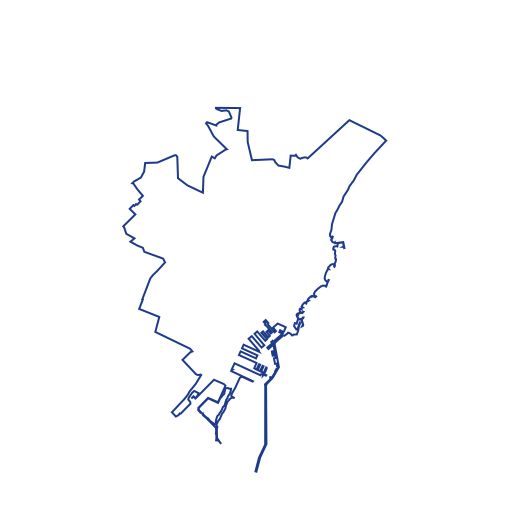 Constanta, Constanta, Romania (Albers equal-area conic projection), rotated 42°
{"feature_id": "2599482B843815366907", "entity_name": "Constanta", "entity_type": "district", "adm_level": 2, "iso_a3": "ROU", "parent_name": "Romania", "parent_adm1": "Constanta", "projection": "albers", "projection_center": [28.637, 44.187], "detail": "fine", "context": "isolated", "style": "outline", "palette": "blue", "viewbox_px": 512, "rotation_deg": 42, "n_neighbors": 0, "source": "geoboundaries", "source_scale": "gbopen_adm2", "svg_char_len": 6150}
<svg xmlns="http://www.w3.org/2000/svg" viewBox="0 0 512 512"><g transform="rotate(42 256 256)"><path d="M144.8,326.3L153.9,324.2L153.1,329.4L160.9,327.6L166.4,325.6L170.2,327.6L188.7,320.1L192.7,321.6L192.6,333.5L192.2,339.0L192.4,343.2L200.5,364.3L201.0,364.1L204.6,373.5L224.9,366.0L232.0,379.8L269.1,369.0L272.6,369.5L271.6,371.4L270.9,382.4L290.6,384.0L292.4,383.4L294.2,381.2L294.9,381.1L296.8,391.5L297.3,401.2L298.1,404.4L298.5,410.2L298.1,428.4L303.9,428.9L304.9,426.1L304.7,424.0L305.5,423.6L306.1,409.6L304.8,408.5L301.7,408.0L300.8,406.2L300.1,400.4L300.4,397.6L305.3,396.3L306.2,400.6L306.1,402.0L303.4,402.1L303.3,405.1L303.6,402.4L306.4,402.4L307.6,376.1L317.7,372.7L320.1,372.8L325.6,390.1L315.3,393.5L314.8,407.5L316.2,409.2L319.7,409.6L320.0,409.3L319.7,408.9L316.6,408.8L315.1,407.1L315.7,393.8L326.1,390.6L324.5,385.2L324.8,384.2L324.3,381.8L324.7,380.9L324.6,379.7L322.0,375.2L322.3,374.3L323.3,372.9L324.9,372.6L326.3,371.3L326.8,371.8L328.5,375.4L329.2,379.5L330.0,380.8L330.0,382.6L332.2,387.2L332.7,389.2L332.4,390.3L333.5,393.0L334.1,396.1L334.1,397.5L334.6,398.4L334.4,401.0L336.2,405.0L338.2,407.3L338.4,408.0L338.1,408.6L332.4,409.3L329.2,408.8L326.7,409.2L323.0,409.1L321.7,408.5L321.5,408.9L322.3,409.5L323.7,409.8L327.2,409.6L341.1,410.5L343.0,412.1L345.3,415.1L346.0,415.3L348.2,417.5L349.7,419.7L350.5,419.1L349.3,417.8L355.8,419.0L348.8,417.3L342.6,410.7L341.5,408.7L340.4,408.6L339.6,407.9L338.3,404.2L338.2,401.3L336.3,395.9L336.2,393.8L335.3,389.8L333.8,387.3L332.4,383.5L332.3,379.2L333.2,377.0L335.2,375.9L331.6,376.7L330.8,376.0L329.9,373.3L328.8,367.9L325.5,357.5L325.6,356.8L326.4,355.3L327.3,354.8L337.5,351.6L337.5,351.1L314.6,358.1L314.0,356.9L314.5,356.1L313.8,356.3L311.9,350.1L338.9,341.7L338.6,341.3L339.1,340.2L340.1,339.9L340.1,339.3L340.5,339.1L341.2,340.2L341.2,338.9L342.8,338.6L343.5,338.2L343.4,337.7L340.7,338.4L340.4,335.8L339.0,332.2L338.5,331.8L338.1,332.0L339.9,337.6L337.2,338.5L335.4,332.9L334.4,333.2L336.0,338.9L333.6,339.6L331.8,334.0L330.7,334.4L332.4,340.0L331.6,340.3L329.8,340.6L328.0,335.1L309.6,341.0L308.4,337.2L324.5,332.1L324.1,330.8L323.5,328.9L307.4,334.0L306.2,330.2L322.3,325.1L321.9,325.0L321.9,324.6L322.3,324.5L305.9,322.4L306.5,318.4L321.4,320.3L321.9,316.8L307.0,314.8L307.4,311.3L319.6,312.8L319.8,310.4L311.4,309.4L311.7,307.3L319.5,308.3L319.7,306.1L314.6,305.4L314.7,304.3L315.1,304.4L315.1,304.1L314.7,304.1L314.8,303.1L318.8,303.7L319.1,302.1L310.9,301.0L308.8,301.1L308.8,300.2L305.8,299.8L305.9,298.4L308.6,298.7L306.0,298.1L306.1,297.1L310.0,297.6L310.0,298.1L310.9,298.9L320.9,300.2L321.1,298.4L316.6,297.8L317.3,291.7L325.8,289.0L327.4,293.8L328.0,293.9L323.6,295.0L324.3,297.0L327.7,296.0L326.2,308.0L325.1,307.9L324.9,309.7L326.5,309.9L325.7,316.5L327.5,316.7L328.1,311.5L327.8,311.4L328.0,310.1L333.3,314.1L331.7,316.3L332.2,316.7L333.8,314.6L335.2,315.7L333.7,317.9L335.1,318.9L336.6,317.0L338.8,318.6L337.8,320.0L342.3,323.4L343.7,321.7L344.8,322.5L344.5,323.1L345.5,323.9L346.0,323.4L347.1,324.4L347.3,326.1L346.8,326.4L347.1,328.1L347.8,328.2L347.7,329.4L348.1,330.2L349.2,335.6L347.7,336.4L347.9,336.9L349.2,336.6L348.6,345.4L350.2,346.8L389.0,390.0L393.2,403.9L399.7,416.4L400.6,416.0L393.9,403.0L389.6,388.8L350.4,345.8L349.6,344.1L349.9,336.3L349.7,334.2L347.4,323.3L329.3,309.4L328.3,308.1L328.2,306.5L329.4,296.9L330.5,296.2L331.2,292.7L331.1,291.5L333.5,290.6L335.9,290.9L336.4,290.5L336.4,289.4L338.8,287.0L337.3,283.2L335.4,280.4L333.4,275.8L333.6,275.5L333.0,276.0L335.5,281.8L335.1,283.6L331.2,282.6L329.8,279.9L331.5,279.1L329.6,275.2L331.9,272.9L336.4,275.4L336.9,275.9L337.3,277.3L337.6,276.5L337.2,275.6L332.2,272.5L332.7,270.8L332.4,269.9L332.1,270.1L332.0,272.3L330.4,274.0L327.7,273.8L325.9,272.9L325.4,272.3L325.4,271.0L326.1,270.5L326.6,270.9L326.2,269.6L328.6,267.4L328.6,265.8L328.2,266.0L328.0,267.4L326.9,268.1L325.2,267.5L324.1,266.4L324.0,265.6L325.5,265.2L325.1,264.9L325.0,263.3L325.3,262.9L323.7,263.0L323.2,260.8L323.2,258.4L323.5,257.6L324.1,257.2L324.7,257.8L325.1,257.8L325.0,257.2L324.3,256.7L324.3,255.1L324.9,254.8L325.0,254.1L324.5,254.5L323.9,254.1L323.5,252.7L323.8,249.3L324.1,248.6L324.7,248.8L324.6,247.9L327.6,247.0L327.8,245.5L327.7,245.0L327.2,246.6L326.5,246.6L324.3,245.2L323.7,243.0L323.8,239.8L324.5,235.5L325.3,233.5L327.3,231.7L328.2,231.5L328.6,232.6L328.7,231.8L326.9,227.8L326.2,225.2L325.9,225.3L326.5,227.0L325.7,227.7L323.8,227.6L322.1,226.8L320.8,225.0L319.2,221.5L318.2,217.7L318.9,217.1L317.8,217.0L317.4,216.4L317.4,212.9L318.1,211.0L319.7,209.7L321.1,211.5L321.5,211.5L321.2,210.5L319.6,208.9L318.9,206.7L317.6,204.8L316.9,205.0L315.8,203.9L314.7,202.3L313.4,201.8L311.5,199.2L310.2,198.8L309.3,199.5L308.4,198.7L307.8,197.5L307.7,196.9L308.6,195.6L309.3,194.7L310.0,194.5L308.3,191.6L311.0,188.3L312.0,188.1L313.2,188.9L314.8,190.2L314.5,191.0L315.1,190.5L316.2,191.2L316.4,190.9L311.5,187.3L306.3,193.5L305.5,193.0L305.5,193.7L303.5,194.4L301.1,193.8L301.3,193.2L300.5,192.5L300.8,191.5L300.1,190.3L299.8,190.4L300.1,191.0L299.9,191.4L298.9,191.8L297.6,191.5L296.4,190.4L294.7,186.3L291.2,181.5L286.3,171.0L285.6,167.3L284.2,162.3L283.7,158.1L281.3,153.3L280.1,145.4L278.7,141.3L278.1,134.3L276.5,128.3L275.5,112.4L275.2,100.5L275.5,83.1L268.0,83.1L234.5,92.6L229.1,148.9L227.5,149.1L225.9,150.4L224.3,152.9L224.0,153.9L223.0,154.4L220.9,154.8L218.0,154.1L218.0,155.4L214.6,158.2L221.8,168.2L217.9,170.2L212.1,173.8L207.6,173.4L205.4,172.5L204.5,172.6L203.2,173.4L188.9,187.5L173.6,176.9L166.1,168.8L158.1,174.6L145.2,156.7L127.1,172.7L127.5,173.1L128.9,172.9L133.4,171.2L136.6,167.5L139.2,166.8L145.2,169.6L145.6,170.4L139.2,181.5L138.7,184.9L139.2,185.6L130.1,189.3L130.1,190.8L133.4,191.4L144.6,195.4L162.9,196.2L162.3,197.0L159.6,206.9L159.4,207.8L160.0,211.0L156.6,211.7L164.0,232.3L174.2,244.5L157.8,249.4L146.0,250.4L131.3,235.1L129.5,234.6L128.4,235.2L127.8,236.3L120.2,252.6L111.4,261.0L116.4,268.2L118.0,274.7L115.5,282.3L115.4,284.7L116.4,284.2L123.1,285.8L131.7,287.0L131.3,292.3L133.6,292.6L133.4,297.3L133.0,297.7L132.2,297.7L132.1,300.2L130.8,300.2L130.6,305.5L138.5,305.8L137.5,322.8L139.1,323.1L144.8,326.3Z" fill="none" stroke="#1e3a8a" stroke-width="2"/></g></svg>